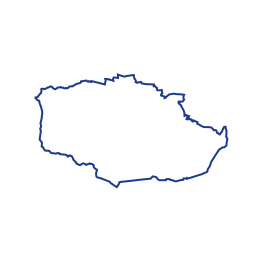 the district of Suncuius, Bihor, Romania, rotated 57°
{"feature_id": "2599482B67903282623571", "entity_name": "Suncuius", "entity_type": "district", "adm_level": 2, "iso_a3": "ROU", "parent_name": "Romania", "parent_adm1": "Bihor", "projection": "orthographic", "projection_center": [22.507, 46.914], "detail": "fine", "context": "isolated", "style": "outline", "palette": "blue", "viewbox_px": 256, "rotation_deg": 57, "n_neighbors": 0, "source": "geoboundaries", "source_scale": "gbopen_adm2", "svg_char_len": 5724}
<svg xmlns="http://www.w3.org/2000/svg" viewBox="0 0 256 256"><g transform="rotate(57 128 128)"><path d="M96.6,210.5L97.1,210.0L97.7,209.8L99.4,209.9L100.0,210.0L101.8,209.7L102.2,209.3L102.6,208.6L102.8,208.5L103.0,208.2L103.6,207.3L104.3,206.5L104.7,206.6L105.4,206.4L105.9,206.2L107.2,206.0L110.3,202.3L110.4,201.3L111.4,199.7L112.2,199.2L112.7,199.5L116.6,194.7L117.1,194.4L117.3,194.2L117.6,194.2L118.5,194.1L118.9,194.1L119.1,194.1L119.2,193.8L119.3,193.3L119.2,193.1L119.0,192.9L119.1,192.1L119.8,191.8L119.9,191.2L120.7,190.6L121.1,190.7L121.3,190.6L122.1,190.6L123.2,190.6L125.0,191.1L125.8,190.9L126.1,190.7L127.1,190.7L127.8,190.6L128.0,190.4L128.6,190.2L129.4,190.5L129.8,190.4L130.2,190.5L130.5,190.1L131.4,189.5L132.0,189.2L132.8,188.6L133.1,188.4L133.1,188.1L133.0,186.2L133.0,185.5L133.1,185.1L133.4,184.8L134.0,184.2L134.7,183.6L135.2,183.5L135.5,183.5L136.1,183.3L136.2,183.1L136.2,182.2L136.4,181.9L136.5,181.2L136.8,180.7L136.9,179.9L136.8,179.4L137.4,179.2L137.7,179.0L138.0,178.6L138.3,178.1L138.9,177.7L139.3,177.5L140.2,177.4L140.4,177.0L140.6,177.0L141.2,177.6L141.7,177.9L142.5,178.0L143.7,177.8L144.8,177.5L145.7,177.0L146.0,176.7L147.4,178.0L148.4,179.3L149.3,179.9L150.7,180.6L151.8,180.9L152.7,180.6L156.1,177.6L157.3,176.8L162.7,172.9L163.5,172.6L165.1,172.4L166.5,171.7L168.0,171.2L170.0,170.2L171.5,169.6L169.7,165.6L168.8,164.8L168.9,164.2L175.1,151.9L177.7,146.5L179.4,143.2L182.8,136.7L182.1,133.5L183.9,131.7L184.8,131.1L185.3,130.9L186.5,131.1L188.5,130.4L189.1,129.8L192.4,124.7L192.1,124.1L191.8,123.8L193.0,121.7L193.4,121.2L194.0,120.7L194.5,120.8L195.6,119.6L196.0,119.2L196.8,118.6L197.5,118.3L198.3,117.5L199.0,116.5L199.1,116.2L200.2,112.6L201.5,109.9L200.9,109.4L200.7,109.2L200.6,108.9L200.6,108.6L201.5,107.6L202.0,106.9L201.9,106.0L202.7,106.2L203.4,103.9L204.9,98.5L206.9,91.4L207.3,89.3L207.4,88.0L207.6,87.0L207.8,86.3L207.8,86.0L207.8,85.7L207.8,85.4L207.6,85.0L207.2,84.7L206.9,84.5L206.7,84.3L206.3,83.7L206.0,83.3L205.7,82.9L205.5,82.2L204.9,80.8L203.8,79.3L203.4,78.7L202.0,77.0L201.5,76.3L201.3,75.7L200.3,73.5L198.2,69.0L197.3,66.8L196.3,64.7L195.9,63.8L195.7,62.9L195.8,61.0L195.8,59.7L195.9,59.2L196.5,57.9L196.5,57.3L196.5,56.4L196.3,55.4L196.2,55.0L195.3,54.2L194.4,53.6L194.0,53.3L192.6,51.8L191.8,51.1L191.0,50.6L190.1,50.4L189.3,50.3L189.0,50.4L188.6,50.4L187.3,49.2L186.7,48.9L184.9,47.4L183.8,46.9L183.0,46.6L181.6,46.3L180.6,45.7L180.0,45.5L179.8,45.8L179.8,46.5L179.5,47.2L180.0,47.7L180.3,48.7L180.8,49.1L181.6,50.5L182.1,51.1L182.4,52.2L182.7,52.6L182.8,53.1L183.0,53.5L183.4,54.6L183.1,54.9L182.1,55.1L181.8,55.3L181.4,55.3L181.2,55.4L180.7,55.9L180.1,55.7L178.5,55.5L177.9,55.4L177.3,55.9L177.0,56.4L176.6,57.3L175.4,57.2L172.9,57.9L172.6,58.2L172.3,58.5L171.5,59.5L169.4,62.6L168.8,63.5L167.5,64.6L163.8,66.6L162.1,67.6L161.7,67.1L161.3,67.1L161.1,67.0L160.9,66.6L157.3,68.9L158.0,70.0L157.5,70.4L157.0,70.3L156.9,70.1L156.7,70.2L156.5,70.5L156.1,70.4L155.7,70.5L155.4,70.2L154.9,70.5L155.1,70.9L154.8,71.2L153.6,71.8L153.6,72.4L153.3,72.9L151.4,70.3L150.5,71.1L152.6,74.0L152.4,74.1L150.3,71.2L148.3,72.6L148.2,73.0L148.5,73.2L148.6,73.6L148.8,73.9L148.7,74.1L147.9,73.6L146.3,72.6L145.5,72.3L144.4,72.0L143.5,71.8L141.7,71.6L139.8,71.6L139.2,71.5L138.8,71.4L138.0,71.1L137.4,71.4L135.6,71.9L134.8,72.0L134.5,72.0L134.1,71.7L133.8,71.4L134.3,70.8L133.7,70.6L134.2,70.0L135.2,68.4L135.6,67.7L134.8,65.6L134.6,65.7L132.5,64.9L130.9,63.3L130.7,62.9L128.9,64.9L125.9,69.0L124.1,71.0L122.3,75.2L122.5,77.6L123.1,80.4L122.9,81.0L122.3,80.5L121.6,80.3L120.0,81.4L119.1,82.4L118.6,82.5L117.9,82.0L117.6,80.3L114.5,79.0L113.9,80.4L113.4,81.2L113.1,81.8L112.9,82.2L112.0,82.9L110.1,81.9L109.6,82.3L107.7,82.4L107.1,83.7L106.6,83.6L105.6,82.6L104.0,84.7L101.6,88.3L99.0,91.3L98.3,91.8L98.0,92.2L96.8,91.9L96.3,92.2L96.1,92.7L96.2,93.1L96.0,93.4L95.4,94.1L95.3,95.3L95.1,95.6L94.9,95.9L93.7,96.5L93.6,95.9L91.9,95.6L90.4,95.6L89.9,95.7L89.6,95.5L88.7,95.3L88.2,95.1L87.6,94.7L87.3,94.6L86.7,94.3L85.9,96.0L83.6,100.9L83.4,102.2L82.2,103.8L77.7,107.4L80.6,109.1L79.0,111.0L77.8,112.5L78.2,113.0L78.8,113.8L79.2,114.1L80.4,114.6L80.0,114.9L79.5,115.0L79.2,115.2L79.0,115.6L77.9,116.8L77.3,117.1L76.9,117.2L76.8,117.4L76.7,117.6L76.7,117.8L76.2,118.1L76.1,118.3L75.8,118.9L75.2,119.3L75.0,119.5L74.9,119.7L74.5,120.4L75.7,120.6L78.9,123.7L75.7,126.6L74.9,127.3L69.4,132.5L68.6,133.2L69.3,133.9L67.4,135.5L67.7,135.8L67.4,136.2L66.2,137.0L65.6,137.0L64.3,139.6L64.1,140.5L63.3,142.0L63.6,142.2L64.1,142.6L64.1,143.0L64.1,143.8L64.0,144.3L63.5,145.6L63.4,146.0L63.0,146.8L63.0,147.0L62.8,148.5L63.0,149.1L63.0,149.7L62.8,150.3L62.7,151.0L62.8,151.1L62.9,151.6L62.7,152.1L62.3,152.7L62.1,153.1L61.4,154.2L61.3,154.7L61.7,155.8L61.7,157.1L61.2,157.5L61.2,158.2L60.3,158.9L60.3,159.4L60.0,159.9L58.7,160.5L58.3,161.4L57.5,161.9L56.9,162.1L56.8,162.3L56.7,162.7L56.7,163.1L56.4,164.0L55.7,165.2L56.0,166.5L55.8,167.8L55.4,168.5L54.5,168.8L52.8,169.4L52.1,169.4L51.4,169.9L51.1,170.0L50.8,170.9L50.7,172.6L50.2,173.4L50.4,174.5L50.0,175.9L50.0,176.6L49.7,177.2L49.2,177.6L48.5,178.2L48.2,178.6L48.2,179.7L49.7,180.3L51.1,181.7L51.5,182.6L51.5,183.5L51.8,184.1L52.1,184.9L52.3,185.9L52.7,186.3L52.8,186.7L52.6,187.7L52.2,188.3L52.1,188.5L52.2,188.9L52.3,189.2L53.1,189.0L53.5,189.0L54.3,189.1L54.9,188.8L55.2,188.7L55.8,188.5L56.6,187.7L57.0,187.7L58.2,188.3L59.4,188.7L61.6,189.2L62.5,189.3L63.1,189.6L64.2,189.8L65.0,190.2L66.7,190.6L67.1,190.7L67.3,190.9L68.6,191.8L69.6,192.3L70.3,193.2L70.9,193.6L72.0,194.4L72.5,194.9L73.0,195.3L76.4,198.8L76.7,199.0L78.7,199.7L79.1,199.9L79.4,200.1L80.4,201.5L81.0,202.2L82.3,202.4L82.6,202.5L83.0,202.7L89.4,208.3L89.7,208.4L93.2,208.1L93.6,208.3L94.7,209.1L96.6,210.5Z" fill="none" stroke="#1e3a8a" stroke-width="2"/></g></svg>